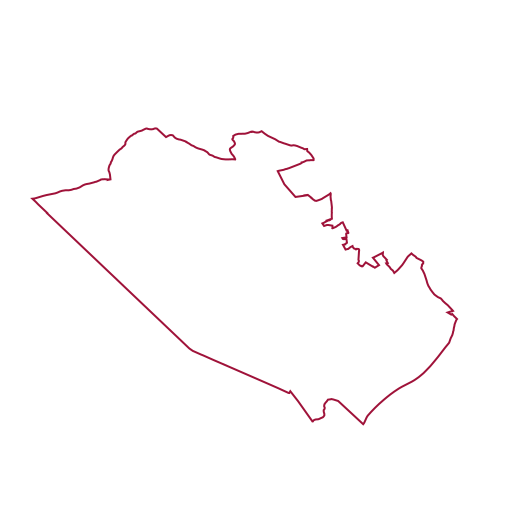 Malambo, Atlántico, Colombia, rotated 43°
{"feature_id": "7082276B4213676035156", "entity_name": "Malambo", "entity_type": "district", "adm_level": 2, "iso_a3": "COL", "parent_name": "Colombia", "parent_adm1": "Atlántico", "projection": "albers", "projection_center": [-74.828, 10.852], "detail": "fine", "context": "isolated", "style": "outline", "palette": "rose", "viewbox_px": 512, "rotation_deg": 43, "n_neighbors": 0, "source": "geoboundaries", "source_scale": "gbopen_adm2", "svg_char_len": 6035}
<svg xmlns="http://www.w3.org/2000/svg" viewBox="0 0 512 512"><g transform="rotate(43 256 256)"><path d="M61.6,366.8L74.0,366.9L74.0,367.2L270.3,369.1L274.5,368.5L276.2,367.9L282.9,365.6L285.2,364.7L295.4,361.2L315.4,354.1L350.8,341.6L362.5,337.5L373.1,334.0L373.8,333.5L373.3,331.5L385.9,333.5L410.1,338.5L410.4,338.1L410.2,337.6L410.2,337.1L410.5,336.0L411.3,334.6L412.5,333.4L413.1,332.6L413.7,331.1L414.1,330.1L414.7,328.8L414.9,328.3L414.9,327.2L414.7,326.0L414.4,325.6L413.2,324.5L412.6,324.3L411.3,323.3L410.6,322.5L410.5,321.4L410.3,320.9L410.0,320.4L409.6,320.0L409.2,319.8L408.8,319.7L408.3,319.4L407.6,318.5L407.1,317.5L407.1,317.0L406.9,315.9L406.9,314.1L406.6,312.0L408.4,309.8L408.6,309.3L409.7,308.6L410.6,308.1L413.5,306.7L415.0,306.0L449.1,305.9L449.0,304.8L448.7,303.6L447.0,298.6L446.6,296.6L446.5,291.3L446.6,285.8L446.9,280.3L447.5,274.2L448.0,270.1L448.7,265.4L449.6,260.8L450.5,257.0L451.0,255.0L451.9,252.1L455.6,241.8L456.5,238.8L457.0,236.6L457.6,233.7L458.0,230.7L458.4,227.4L458.5,224.1L458.6,217.9L458.3,211.7L457.9,205.4L456.8,193.9L456.4,187.7L454.5,183.4L453.5,180.0L452.4,177.8L451.8,177.0L451.3,175.8L449.8,173.7L448.7,171.7L448.2,171.1L447.6,169.9L446.3,166.6L446.0,165.5L446.0,165.0L441.8,164.9L439.0,164.6L438.8,165.7L434.7,166.6L435.9,164.4L436.4,163.7L437.5,161.8L436.7,161.7L429.7,161.2L426.6,161.4L423.4,161.4L422.2,161.2L420.4,161.0L419.8,161.1L418.3,161.6L417.1,162.0L413.8,162.4L412.3,162.5L411.6,162.3L410.4,162.2L406.6,161.5L404.4,160.8L402.5,160.3L400.3,159.3L398.9,158.5L397.5,157.6L391.5,154.3L388.0,152.9L385.5,152.3L385.2,152.2L384.7,151.5L384.1,150.0L383.5,149.5L383.5,149.2L383.3,148.9L383.3,148.7L383.2,148.3L383.2,148.0L383.4,147.5L383.0,147.0L382.2,146.1L380.9,146.2L379.5,146.5L374.8,147.9L374.4,147.9L373.4,147.6L369.8,148.1L367.9,148.1L367.5,152.2L367.5,153.3L368.8,160.8L369.1,163.0L369.2,167.8L369.2,169.5L369.1,170.9L368.7,174.1L366.1,173.3L363.3,173.5L361.6,173.0L360.0,172.9L357.9,172.9L356.9,172.8L356.3,172.6L356.7,172.2L357.2,171.3L355.1,170.6L354.3,170.2L354.3,169.6L354.2,169.6L353.4,169.5L352.6,169.5L352.2,169.4L349.3,169.3L347.5,168.5L347.4,168.3L346.8,167.2L346.5,166.9L346.3,167.7L343.1,176.6L342.7,177.5L352.2,178.8L350.9,183.5L348.7,183.9L348.7,184.1L340.6,185.8L341.0,190.6L340.7,190.9L340.4,191.0L340.5,191.4L339.2,191.9L338.0,192.1L335.3,192.0L335.2,190.4L334.9,189.8L334.6,189.4L333.5,188.9L330.5,185.2L328.6,182.9L327.4,181.3L326.6,180.9L326.3,180.9L324.8,182.0L324.7,182.2L324.7,182.9L324.5,183.1L323.6,183.2L322.4,183.7L320.6,183.4L319.8,182.9L319.0,185.1L318.6,188.0L318.3,188.3L317.1,190.2L312.0,188.5L313.2,186.8L313.0,186.7L313.5,184.3L310.8,182.1L310.4,181.9L308.8,183.8L307.8,184.3L306.9,184.0L309.5,180.6L307.1,178.6L306.7,178.1L306.7,177.6L307.8,176.4L307.8,176.1L305.4,174.8L305.0,175.7L296.5,172.2L295.9,173.3L295.7,173.9L295.6,174.9L295.7,175.2L295.5,176.3L295.0,177.7L295.0,178.2L294.5,180.4L293.1,183.5L292.9,183.6L292.2,182.6L291.2,181.7L287.9,183.9L286.7,185.0L285.3,187.6L282.3,186.9L283.1,185.1L283.3,184.3L284.1,182.1L283.5,181.9L284.7,179.7L285.2,180.0L285.6,179.1L285.1,178.8L286.1,177.0L284.5,175.5L282.9,173.8L281.7,172.3L281.4,172.2L280.2,170.8L279.0,169.5L278.9,169.2L277.6,168.0L273.5,164.5L272.7,164.1L270.1,161.8L268.2,159.5L267.7,159.3L267.5,161.0L267.0,162.8L265.5,168.1L265.3,169.1L264.6,170.7L263.2,173.4L262.5,174.6L261.2,175.4L259.3,175.6L259.1,175.7L258.7,175.7L256.6,175.8L256.6,175.6L252.2,176.0L250.7,177.8L251.1,177.8L249.7,179.6L244.6,185.9L227.8,184.2L214.0,179.1L214.1,178.9L214.7,177.9L217.4,174.2L218.3,172.4L219.3,171.0L219.5,170.5L220.2,169.3L225.4,158.5L225.7,157.6L225.9,156.7L225.6,156.4L226.0,156.0L226.9,154.2L227.8,151.7L228.1,151.3L229.8,149.6L230.6,148.6L232.6,146.8L232.7,146.5L231.6,145.4L227.6,144.4L224.3,144.1L222.5,144.3L222.0,144.3L221.6,144.0L220.4,142.9L218.6,144.9L216.7,145.3L215.4,145.9L211.1,147.5L209.2,148.5L207.8,149.5L206.7,151.0L206.3,151.3L205.3,151.9L201.1,153.8L199.5,154.6L195.9,156.1L194.9,156.7L190.5,157.5L182.8,160.0L178.8,160.6L175.0,160.9L174.1,163.1L173.6,163.9L172.5,165.1L170.6,166.4L169.2,167.0L168.5,167.9L168.3,167.7L168.0,168.0L167.5,168.7L166.1,171.7L164.6,174.0L160.5,178.0L160.0,178.4L159.1,179.8L158.2,181.2L157.9,182.2L157.5,183.8L158.1,184.3L158.5,184.8L158.8,185.4L158.9,186.5L159.0,186.7L159.7,187.0L161.7,187.1L163.4,187.8L164.1,188.3L164.4,188.8L164.5,189.5L164.5,191.5L163.8,194.5L163.9,195.4L164.3,196.0L165.5,196.8L166.6,197.2L168.5,197.9L170.8,198.1L172.3,198.4L173.9,199.0L174.8,199.4L174.9,199.6L172.9,201.2L169.8,204.3L168.0,206.0L165.4,208.0L164.4,208.7L162.8,209.5L159.5,211.0L158.9,211.4L158.1,211.8L155.8,212.2L154.3,212.9L153.1,213.5L152.4,213.6L149.7,213.3L146.8,213.9L146.6,214.0L146.3,213.9L144.2,214.8L140.5,216.7L138.5,217.5L136.9,217.9L136.1,218.0L135.2,218.2L133.3,219.0L130.4,219.4L127.3,220.2L127.2,220.0L126.2,220.3L122.8,221.8L121.3,222.5L120.2,223.3L118.1,224.3L116.5,224.7L114.9,224.7L113.3,224.5L112.9,224.5L112.5,224.7L111.7,225.2L110.7,226.1L110.0,227.6L109.1,230.4L96.7,230.4L95.8,230.9L95.2,231.5L94.8,232.1L94.2,233.4L93.1,234.7L91.8,235.8L90.2,236.8L89.2,237.2L88.5,238.1L87.5,240.6L87.0,242.1L86.1,243.6L85.3,244.8L84.6,245.9L84.4,246.8L84.3,248.4L84.1,248.9L83.5,249.7L83.3,250.5L83.1,252.4L82.7,253.0L82.4,254.7L82.2,256.9L82.2,257.8L82.5,259.9L82.9,261.8L83.5,262.6L83.9,262.9L84.1,263.2L84.3,263.7L84.4,264.5L84.4,265.3L84.1,267.2L84.2,268.1L84.2,269.2L83.7,271.2L83.5,274.7L83.4,278.0L83.5,279.6L84.1,281.4L84.9,282.9L85.4,284.2L85.8,285.5L85.9,286.4L86.4,287.1L86.7,287.7L86.9,289.1L87.2,290.0L87.9,291.4L88.6,292.6L89.5,293.7L90.2,294.2L91.7,294.8L93.7,296.1L97.3,299.2L95.8,301.3L95.6,300.9L93.0,303.0L91.4,304.6L90.4,305.9L90.2,306.8L88.6,310.5L87.8,311.6L87.3,312.6L86.1,314.5L84.8,316.6L82.9,319.1L82.0,320.6L81.2,322.5L80.6,324.8L80.2,326.2L79.6,327.4L78.7,329.2L77.0,331.3L75.9,333.4L75.1,334.5L74.1,335.8L72.7,337.0L71.8,337.9L69.7,340.6L68.6,342.5L67.5,345.1L66.5,347.0L61.3,354.2L59.3,357.3L55.6,363.7L54.7,365.1L53.4,366.6L57.9,366.6L61.6,366.8Z" fill="none" stroke="#9f1239" stroke-width="2"/></g></svg>